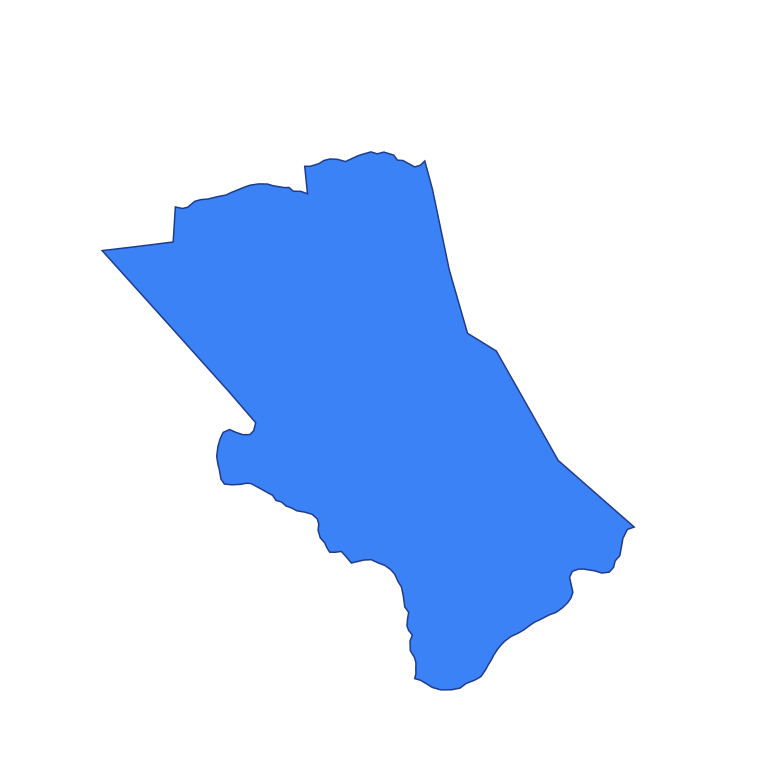 the district of Itatim, Bahia, Brazil, rotated 136°
{"feature_id": "56859067B14041367173049", "entity_name": "Itatim", "entity_type": "district", "adm_level": 2, "iso_a3": "BRA", "parent_name": "Brazil", "parent_adm1": "Bahia", "projection": "albers", "projection_center": [-39.715, -12.718], "detail": "fine", "context": "isolated", "style": "filled", "palette": "blue", "viewbox_px": 768, "rotation_deg": 136, "n_neighbors": 0, "source": "geoboundaries", "source_scale": "gbopen_adm2", "svg_char_len": 2048}
<svg xmlns="http://www.w3.org/2000/svg" viewBox="0 0 768 768"><g transform="rotate(136 384 384)"><path d="M199.7,516.1L205.9,516.1L211.1,518.8L213.3,525.7L215.1,531.6L218.8,535.7L218.0,541.9L223.0,550.9L229.0,554.3L232.1,560.0L238.8,563.6L244.0,566.2L250.3,568.4L257.2,570.8L261.4,577.9L266.4,583.3L271.9,586.5L278.0,587.8L285.9,591.9L289.8,595.7L306.9,574.0L310.1,580.5L315.3,585.7L315.8,591.3L319.5,594.8L326.1,603.7L329.0,608.9L335.3,615.1L342.0,619.9L347.7,622.6L356.5,626.1L361.2,628.0L366.2,629.6L373.3,634.2L382.5,639.6L387.7,643.9L393.3,646.9L402.4,647.5L407.0,650.2L411.1,656.3L437.0,632.6L470.4,657.7L494.1,675.8L497.7,573.2L500.9,485.7L503.2,445.3L510.1,441.0L515.5,440.7L520.7,445.5L524.1,452.1L526.7,458.5L533.3,460.9L539.7,458.5L546.9,454.4L554.6,448.2L559.1,441.8L561.7,437.2L564.4,433.1L567.3,429.0L568.3,422.9L563.4,417.1L556.7,411.3L552.3,408.5L548.8,404.8L541.5,381.3L542.6,375.3L539.7,370.4L539.2,364.3L536.7,359.2L534.7,353.2L530.1,347.0L526.2,340.2L525.7,333.2L528.4,328.4L533.0,324.6L536.7,317.6L537.0,310.8L538.7,306.2L539.9,300.8L536.2,297.0L531.0,293.2L531.2,285.8L531.8,277.9L527.1,275.1L520.7,271.3L515.2,266.5L512.3,258.9L509.4,253.0L508.1,245.8L508.4,239.8L511.0,232.5L512.5,225.8L517.5,217.9L523.9,209.3L524.9,202.6L530.3,198.6L535.4,194.2L537.4,189.8L538.1,183.6L543.9,181.0L550.3,173.9L552.1,165.8L554.9,161.0L558.6,157.4L562.3,153.4L566.6,150.8L563.5,145.5L561.6,138.4L560.0,132.1L555.6,124.5L547.9,117.2L540.5,112.4L533.1,111.6L523.9,107.8L517.3,106.2L509.7,107.8L503.6,109.7L498.4,111.0L493.5,112.7L486.6,114.3L480.5,115.0L475.4,115.1L467.8,114.1L460.7,111.6L454.1,110.0L446.7,109.1L441.2,108.1L434.8,105.9L425.7,103.2L418.8,100.2L411.4,99.1L403.8,99.1L398.2,100.2L392.9,102.9L389.8,107.9L384.8,116.0L378.7,118.4L372.6,115.7L369.0,112.2L362.4,103.5L358.6,96.7L352.7,92.2L346.1,92.7L340.6,96.2L333.7,96.7L327.9,100.8L319.4,107.0L310.0,110.3L303.4,107.3L311.8,208.0L310.0,215.0L298.4,259.5L280.3,329.7L288.7,362.5L257.8,420.7L214.0,490.2L199.7,516.1Z" fill="#3b82f6" stroke="#1e3a8a" stroke-width="1.5"/></g></svg>